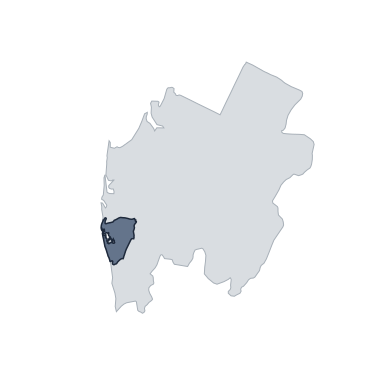 Ndougou, Ogooué-Maritime, Gabon (highlighted), rotated 26°
{"feature_id": "22940354B74005862204828", "entity_name": "Ndougou", "entity_type": "district", "adm_level": 2, "iso_a3": "GAB", "parent_name": "Gabon", "parent_adm1": "Ogooué-Maritime", "projection": "equal_earth", "projection_center": [10.09, -2.451], "detail": "fine", "context": "in_parent", "style": "filled", "palette": "slate", "viewbox_px": 384, "rotation_deg": 26, "n_neighbors": 0, "source": "geoboundaries", "source_scale": "gbopen_adm2", "svg_char_len": 6956}
<svg xmlns="http://www.w3.org/2000/svg" viewBox="0 0 384 384"><g transform="rotate(26 192 192)"><path d="M249.1,57.7L249.0,60.9L246.3,68.6L245.1,74.6L244.7,80.9L245.5,86.0L246.8,89.7L247.6,93.7L247.0,96.4L245.7,97.6L246.6,99.0L248.5,99.3L251.8,98.1L256.9,96.0L263.5,93.0L267.9,91.3L275.1,92.3L278.9,93.5L280.9,95.7L283.1,104.8L284.1,106.2L285.9,110.1L287.3,114.7L287.6,117.1L287.5,118.8L286.0,121.3L284.4,125.0L283.8,127.3L282.4,128.9L280.6,130.6L275.8,131.2L275.1,132.2L273.7,136.2L271.2,139.5L270.0,142.7L269.0,146.9L269.2,152.1L268.7,159.6L268.2,164.7L269.5,166.5L275.2,167.7L276.3,168.7L277.9,171.9L279.8,174.8L285.1,176.7L287.2,179.0L288.8,181.5L289.0,183.5L287.8,191.7L286.7,199.5L287.1,205.5L287.6,211.2L288.2,219.5L287.9,224.5L286.4,227.6L286.4,230.0L287.1,233.0L285.8,241.0L284.9,242.4L282.5,243.9L281.3,246.1L280.9,249.5L279.6,254.1L278.3,255.8L278.3,258.0L279.6,259.6L279.5,262.0L277.2,264.9L275.8,267.1L272.6,268.2L269.0,267.1L268.2,265.4L269.1,262.9L268.8,260.9L267.5,258.8L265.6,253.4L263.9,252.3L263.0,254.5L260.0,258.6L254.9,263.9L251.3,264.3L244.6,262.7L239.0,260.2L236.4,254.0L234.7,248.9L232.3,242.9L229.7,240.1L226.8,238.3L225.5,238.2L221.4,241.5L220.2,242.8L220.2,245.6L220.6,248.2L221.2,249.4L221.8,251.1L221.7,253.7L220.9,257.1L220.7,260.9L207.8,264.7L205.6,263.3L204.0,261.6L202.1,261.9L196.5,263.9L194.5,262.5L192.4,261.5L191.5,262.3L191.4,264.0L192.4,272.9L192.1,276.4L190.8,280.8L190.2,283.9L193.6,284.7L194.8,286.1L196.0,288.4L197.6,290.5L197.7,291.7L195.9,294.1L195.2,297.0L196.1,299.2L198.4,301.6L201.8,304.0L203.5,305.6L203.3,307.1L201.7,310.2L201.1,312.9L200.0,315.3L200.3,317.5L201.8,319.5L201.6,321.3L200.6,322.7L198.5,322.4L196.7,322.6L195.1,322.1L190.1,315.0L189.0,314.8L181.8,320.2L180.0,322.5L178.5,325.7L176.5,332.7L173.2,328.6L170.3,321.2L167.0,316.6L160.0,309.2L158.2,303.8L150.2,291.8L138.7,279.9L130.5,269.5L129.2,267.2L130.6,267.4L138.6,272.6L139.7,272.0L140.6,270.9L137.2,268.2L133.9,266.0L130.8,264.7L127.7,264.8L125.9,262.6L124.8,259.3L124.2,256.4L122.9,253.4L118.5,247.3L117.4,244.9L115.0,241.6L116.5,241.2L121.2,244.3L121.6,243.1L121.2,241.2L116.4,238.3L113.9,238.1L113.3,236.0L113.6,233.6L110.2,224.6L106.7,217.9L106.2,214.7L115.7,229.4L116.9,229.6L118.6,229.5L122.5,227.8L121.8,225.9L120.0,223.8L118.3,224.7L116.1,224.9L114.9,224.1L114.4,222.6L116.6,215.5L115.6,215.8L114.9,217.1L113.7,217.7L111.8,218.1L107.1,214.3L103.0,204.0L101.9,201.9L100.8,198.3L99.7,196.8L95.0,182.3L96.8,183.3L98.9,187.6L103.1,186.7L104.8,184.2L106.2,184.3L107.7,183.8L109.5,181.5L114.9,171.4L116.3,158.1L115.9,150.3L115.1,142.5L116.9,140.0L117.6,141.6L117.9,144.4L118.8,146.4L120.7,148.3L124.2,148.8L129.7,151.7L131.7,153.5L132.2,149.8L138.6,146.7L136.7,145.6L131.0,146.8L123.3,142.1L120.7,139.1L118.3,133.5L115.9,130.5L116.0,127.9L121.6,125.4L123.0,125.7L123.6,128.6L125.1,129.8L125.7,129.4L125.9,126.9L126.0,120.2L124.3,110.6L124.8,108.8L126.3,108.1L127.7,106.9L128.6,106.6L130.5,106.9L131.4,109.1L131.9,110.3L133.8,110.9L135.4,112.1L136.7,111.7L137.9,110.4L139.5,110.1L144.5,110.1L149.1,110.1L158.3,110.2L167.4,110.2L176.5,110.2L183.4,110.3L183.4,104.8L183.3,96.3L183.3,86.3L183.2,76.8L183.2,67.9L183.1,57.4L183.5,54.4L184.0,53.2L183.8,51.5L190.9,51.3L203.7,52.1L209.3,52.0L210.8,52.1L217.8,51.6L223.5,52.3L225.9,53.0L228.0,53.4L234.8,53.8L243.7,53.3L246.7,53.4L248.3,54.9L249.1,57.7Z" fill="#d9dde1" stroke="#a8b0b8" stroke-width="1"/><path d="M159.3,282.2L159.3,281.6L159.2,280.8L159.0,280.2L158.9,279.4L158.8,278.5L158.7,277.6L158.5,276.6L158.4,275.5L158.2,274.6L158.1,273.3L158.0,272.0L158.0,270.2L158.0,264.3L158.0,263.5L158.0,262.9L158.0,262.0L158.1,261.2L158.2,260.7L158.6,260.2L159.0,260.0L159.7,259.7L160.1,259.6L160.0,259.0L159.9,258.6L159.7,258.0L159.4,257.6L159.2,257.1L159.0,256.5L158.6,255.9L157.4,254.3L157.0,253.7L156.6,253.1L156.4,252.5L156.4,251.7L156.3,251.1L156.2,250.3L156.0,249.7L155.8,249.1L155.5,248.8L155.2,248.5L154.9,248.0L154.7,247.5L154.6,246.9L154.6,246.3L154.7,245.6L154.9,244.9L155.0,244.5L155.1,243.8L155.1,243.3L154.8,242.8L154.5,242.9L154.2,243.1L153.7,242.7L153.5,241.8L153.2,241.9L152.6,241.8L152.3,241.5L152.0,241.1L151.7,241.2L151.3,241.6L150.9,242.1L150.7,242.2L150.3,242.6L149.9,242.9L149.3,243.1L148.8,243.3L147.9,243.6L146.0,243.9L143.5,244.5L142.6,244.8L141.4,245.3L140.6,245.6L139.1,246.1L138.6,246.5L138.1,246.9L137.5,247.6L136.5,249.1L135.4,250.6L134.8,251.2L134.5,251.6L134.4,252.4L134.2,252.9L134.0,253.7L133.7,254.0L133.0,254.5L132.0,255.4L131.4,255.8L131.0,256.1L130.6,256.4L130.2,256.7L129.7,257.2L129.3,257.5L129.2,257.7L128.9,258.0L128.4,258.3L128.0,258.4L127.7,258.3L127.5,257.9L127.3,257.6L127.0,257.0L126.8,256.4L126.7,255.7L126.7,254.8L126.7,254.1L126.6,253.5L126.3,253.2L125.8,253.1L125.3,253.3L125.2,253.6L125.0,254.4L125.0,254.8L125.0,255.5L124.8,256.0L124.5,256.1L124.7,257.0L124.8,258.7L124.9,260.6L125.1,261.5L125.3,262.2L125.6,263.0L125.8,263.6L126.2,264.3L126.5,264.7L126.9,265.2L127.2,265.5L127.6,265.9L127.8,266.0L127.7,265.6L127.3,265.2L127.1,264.6L127.0,264.3L127.6,264.8L127.9,265.4L128.2,265.9L128.6,266.4L129.1,266.8L129.3,266.4L129.3,265.9L129.2,265.3L128.9,264.5L129.0,264.1L129.4,263.9L129.7,264.1L129.9,264.6L129.9,264.9L130.3,265.2L130.7,265.6L130.5,265.9L130.0,266.2L129.8,266.7L129.8,267.2L130.1,267.6L130.5,268.1L130.8,268.1L131.7,267.6L132.2,267.0L132.8,266.2L133.3,265.9L133.8,266.1L134.3,265.9L134.5,265.6L134.7,265.2L135.1,265.3L135.3,265.7L135.5,266.4L135.7,267.2L136.3,267.7L136.9,267.9L137.3,268.0L138.0,268.1L138.4,268.3L138.8,268.7L138.7,269.1L138.4,269.3L137.9,269.4L137.8,269.8L137.8,270.5L137.9,271.2L138.1,271.6L138.4,271.7L138.6,271.5L139.1,270.7L139.3,270.2L139.5,269.6L139.8,269.4L140.4,269.6L140.8,270.0L141.1,270.6L141.5,271.3L141.9,271.6L142.3,271.3L142.2,270.6L141.9,269.8L141.9,268.8L142.2,269.1L143.0,269.5L143.5,269.8L143.8,270.2L143.9,270.8L144.1,271.1L144.7,271.5L144.4,272.2L144.1,272.4L143.7,272.5L142.9,272.6L142.2,272.6L141.6,272.7L141.2,273.0L140.9,273.3L140.6,273.8L140.5,274.3L140.1,274.7L139.8,275.0L139.6,275.0L139.4,274.4L139.0,274.5L138.5,274.9L138.3,274.9L138.2,274.4L138.2,273.7L138.1,273.1L137.7,273.0L137.1,273.5L136.8,273.2L136.7,272.9L136.6,272.3L136.4,271.9L136.0,271.4L135.6,271.2L135.0,270.9L134.7,271.0L134.2,271.1L134.1,270.5L134.1,269.8L133.9,269.4L133.4,269.5L133.3,269.2L133.4,268.7L133.6,267.8L133.1,268.4L132.8,268.9L132.4,269.4L131.6,269.6L130.9,269.5L130.4,268.9L129.9,268.0L129.5,267.9L129.6,268.5L130.1,269.2L131.2,270.7L133.4,273.5L135.8,276.7L137.6,279.1L140.0,281.3L141.1,282.5L143.2,284.7L144.7,286.4L146.5,287.7L148.8,290.3L149.2,290.2L149.5,290.0L149.7,289.6L149.9,289.2L150.3,288.9L150.7,288.9L151.0,289.0L151.3,289.3L151.4,290.0L151.7,290.8L151.9,291.1L152.3,291.6L152.6,291.6L153.3,291.7L153.7,291.6L154.1,291.2L154.3,290.8L154.5,290.5L154.8,290.3L155.2,290.0L155.4,289.8L155.6,289.2L155.8,288.4L155.8,287.5L156.1,286.8L156.4,285.8L156.8,284.8L157.1,284.1L157.5,283.5L157.9,282.9L158.2,282.6L158.7,282.3L159.3,282.2Z" fill="#64748b" stroke="#1e293b" stroke-width="1.5"/></g></svg>